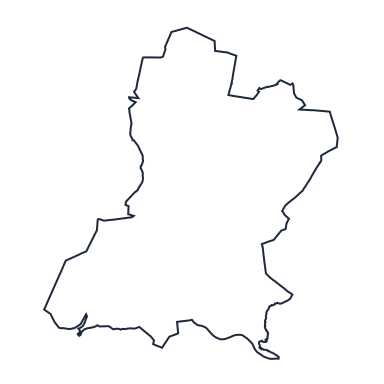 the district of Cēsis, Cesu, Latvia, rotated 272°
{"feature_id": "27541924B8130819472735", "entity_name": "Cēsis", "entity_type": "district", "adm_level": 2, "iso_a3": "LVA", "parent_name": "Latvia", "parent_adm1": "Cesu", "projection": "orthographic", "projection_center": [25.251, 57.313], "detail": "fine", "context": "isolated", "style": "outline", "palette": "slate", "viewbox_px": 384, "rotation_deg": 272, "n_neighbors": 0, "source": "geoboundaries", "source_scale": "gbopen_adm2", "svg_char_len": 5685}
<svg xmlns="http://www.w3.org/2000/svg" viewBox="0 0 384 384"><g transform="rotate(272 192 192)"><path d="M302.5,286.5L306.8,276.6L306.7,276.2L305.3,274.9L303.0,272.9L302.6,273.4L301.3,270.3L299.4,263.4L299.7,263.2L298.2,259.6L297.9,258.8L297.2,257.3L298.2,255.7L295.6,254.0L294.6,255.5L291.3,253.4L287.0,250.0L289.5,229.5L289.8,227.5L290.2,225.0L293.4,225.8L294.1,225.9L299.9,227.3L301.7,227.9L301.7,227.6L307.4,228.6L309.2,228.7L327.1,231.2L329.7,231.6L332.1,224.0L332.6,223.1L333.8,210.2L343.7,209.3L348.7,197.8L349.7,195.7L356.0,181.2L351.2,165.9L336.1,160.0L333.6,160.5L328.7,159.0L326.1,158.2L325.3,155.8L325.0,143.5L324.9,141.7L324.8,138.9L324.3,138.2L316.1,136.6L310.6,135.7L302.0,134.0L297.6,133.3L295.5,133.0L293.5,132.7L292.6,132.3L291.6,131.6L290.4,130.7L290.2,130.5L284.0,135.1L284.5,125.8L283.6,125.9L283.0,126.3L281.4,128.6L281.1,129.0L280.6,130.7L279.8,132.6L276.4,129.3L273.2,126.1L272.2,126.4L270.5,126.7L270.1,126.6L257.9,129.3L257.4,128.9L253.0,128.4L251.5,128.5L249.4,128.2L247.5,128.3L246.5,128.5L244.6,129.5L242.7,130.6L241.6,130.9L241.8,131.9L236.6,136.2L228.4,140.5L226.8,141.4L224.9,141.6L223.0,141.6L222.1,141.9L221.1,142.0L219.6,141.5L218.2,141.2L217.7,140.9L217.0,140.6L216.7,140.5L216.2,140.0L216.1,139.9L215.5,140.1L215.3,140.1L214.9,139.9L214.6,139.8L214.2,139.8L213.9,139.9L213.6,140.0L212.9,140.6L212.4,140.9L211.4,141.3L210.4,141.8L209.1,142.2L208.8,142.2L207.7,142.1L206.7,142.2L203.7,142.5L203.1,142.5L200.5,142.1L197.6,140.6L195.3,139.2L194.4,138.8L194.5,138.6L193.3,138.2L192.9,138.0L192.6,137.9L192.2,137.7L191.9,137.5L191.4,137.0L191.2,136.8L190.9,136.6L191.0,136.4L189.3,134.5L180.1,126.4L176.7,126.0L175.7,129.1L167.6,129.0L166.1,134.6L164.7,132.9L161.8,115.7L160.8,108.5L160.3,105.3L160.6,103.8L161.4,101.5L161.7,99.3L160.8,98.7L150.3,98.3L148.0,97.1L143.7,95.2L137.5,92.3L128.9,88.4L127.8,85.7L125.3,80.9L122.3,74.9L119.0,68.2L107.4,63.7L104.1,62.3L81.5,53.2L71.3,49.2L69.4,48.3L65.2,54.8L57.1,59.3L51.7,63.8L51.3,65.8L51.5,67.7L50.7,74.4L51.6,78.1L52.4,80.3L56.1,85.3L66.1,90.4L63.8,91.5L62.9,91.0L60.5,90.1L59.4,89.9L57.8,89.3L57.5,89.2L56.8,88.7L55.6,88.2L54.7,88.0L53.9,87.0L52.9,86.0L52.5,85.2L52.1,84.6L51.7,83.9L51.3,83.3L51.0,83.7L50.8,84.1L50.7,84.2L50.0,84.4L49.6,84.6L49.3,84.9L48.9,84.7L48.4,84.6L47.8,85.2L47.5,85.5L47.3,85.5L46.8,85.2L46.2,84.2L46.3,83.9L46.6,83.8L46.7,83.6L46.7,83.4L46.7,83.2L46.5,82.9L46.3,82.8L46.0,82.7L45.5,82.9L45.4,83.0L45.2,84.0L44.8,84.2L44.4,84.4L45.2,85.5L48.6,86.8L51.0,89.2L52.2,92.4L53.1,97.0L54.2,100.1L55.5,102.1L54.4,104.4L55.0,113.5L52.0,118.1L52.7,120.9L52.7,123.7L51.9,125.5L52.7,126.7L52.7,130.0L53.6,134.3L53.5,139.7L55.3,144.0L45.9,156.2L43.7,158.0L42.3,159.2L37.9,158.3L38.5,158.7L38.1,159.7L35.3,167.5L46.6,174.4L50.2,183.1L61.7,181.6L63.7,194.5L64.3,196.4L61.6,198.6L60.5,200.4L59.3,202.0L58.8,203.9L58.8,205.7L58.0,208.2L57.1,210.3L55.6,212.1L53.7,213.8L52.0,215.4L49.4,218.1L47.6,220.8L45.8,225.3L45.9,228.6L46.7,231.5L48.4,235.5L49.5,237.5L50.4,240.0L50.9,242.8L51.0,245.7L50.5,247.7L49.3,249.4L47.7,252.0L45.3,254.7L42.4,257.6L38.0,259.8L36.4,260.8L34.1,262.9L32.0,266.4L30.1,269.2L29.0,272.4L28.1,275.2L28.0,277.5L28.3,280.2L28.5,283.5L28.4,284.3L30.0,284.5L31.6,282.6L31.7,281.9L32.1,281.5L33.9,278.3L34.2,277.8L34.3,276.9L35.7,274.5L35.5,273.6L36.1,273.2L36.7,272.5L36.9,271.2L36.8,269.7L36.9,269.1L37.6,268.1L37.2,267.4L37.1,267.1L37.8,266.6L38.4,266.7L38.6,266.5L38.4,265.8L38.2,265.6L38.4,265.0L38.8,264.9L40.0,265.4L40.7,265.0L41.7,264.9L42.2,264.5L42.7,264.4L43.9,264.2L44.1,264.3L44.6,264.4L45.8,266.9L45.8,267.0L45.6,267.0L45.1,267.3L45.1,267.6L44.6,268.8L44.5,269.2L44.8,270.3L44.7,270.7L44.8,270.9L45.0,271.4L45.7,272.0L46.5,270.9L46.8,270.7L47.2,271.3L47.4,271.2L47.6,272.0L47.9,272.4L48.4,272.7L48.9,272.4L49.5,272.5L50.1,272.6L50.5,272.4L51.1,272.7L52.3,272.8L52.7,272.8L53.2,272.8L53.6,273.0L54.1,272.8L54.3,272.4L54.9,272.2L55.0,272.0L55.2,271.8L56.0,271.6L56.2,271.4L56.2,271.0L56.5,270.8L56.8,270.9L57.3,270.5L57.9,270.2L58.4,269.9L59.4,269.5L59.9,269.9L60.3,269.9L60.8,269.6L61.2,269.8L61.5,269.6L62.4,269.5L63.5,269.6L63.5,269.8L64.3,270.0L64.6,269.8L65.1,269.5L65.5,269.7L65.8,269.5L66.4,269.5L66.8,269.8L68.6,270.5L68.8,270.5L69.8,270.1L70.7,270.3L72.6,270.6L74.5,270.6L76.8,271.8L77.2,272.2L77.3,272.4L77.6,272.5L78.0,272.6L78.5,272.9L78.9,273.0L79.2,273.1L79.3,273.1L79.6,273.1L79.8,273.3L80.1,273.3L80.2,273.6L80.5,273.8L80.6,274.1L80.9,274.4L81.1,274.5L81.1,275.0L81.4,275.3L81.7,275.5L81.7,275.9L81.8,276.1L81.7,276.5L81.7,276.9L81.7,277.1L81.9,277.2L82.1,277.6L82.4,278.2L82.4,278.4L82.6,278.5L83.0,278.9L83.2,279.0L83.4,279.0L83.3,279.3L83.3,279.5L83.8,280.2L83.8,280.4L84.2,281.0L84.0,281.7L83.4,283.7L83.8,285.6L84.9,287.5L87.0,291.6L88.7,293.8L89.5,294.2L93.1,295.9L94.2,294.1L95.0,292.8L96.1,290.9L98.7,287.7L101.3,284.0L103.2,281.4L105.8,277.9L107.0,276.0L109.1,273.2L109.4,272.8L112.4,269.6L113.4,268.7L126.4,266.5L127.4,266.4L132.7,265.5L135.9,265.1L139.8,264.5L139.8,264.3L142.4,263.6L145.2,270.4L147.0,275.4L151.2,278.5L156.6,282.7L158.3,286.9L162.4,287.4L163.8,287.6L165.3,288.2L168.6,289.8L169.5,288.8L170.8,287.2L172.5,285.3L172.9,285.0L174.2,284.4L175.5,283.4L176.1,282.8L177.9,283.7L181.4,285.5L184.8,288.9L188.4,293.2L189.2,294.3L195.9,301.2L197.1,302.5L199.5,303.8L208.5,309.3L211.8,310.9L220.1,315.4L221.8,316.4L225.9,319.0L225.9,318.8L227.6,319.9L228.1,320.1L228.7,320.1L231.9,319.8L232.7,319.8L234.7,322.4L235.2,323.6L235.8,324.5L237.4,326.8L241.9,334.9L242.0,334.8L242.9,335.1L251.4,335.7L258.9,333.2L262.1,332.1L274.2,327.8L277.1,326.9L278.0,309.9L277.9,308.2L278.2,296.5L282.7,302.0L287.5,298.7L289.9,293.1L294.2,290.5L302.6,289.5L303.0,289.2L304.0,288.7L302.5,286.5Z" fill="none" stroke="#1e293b" stroke-width="2"/></g></svg>